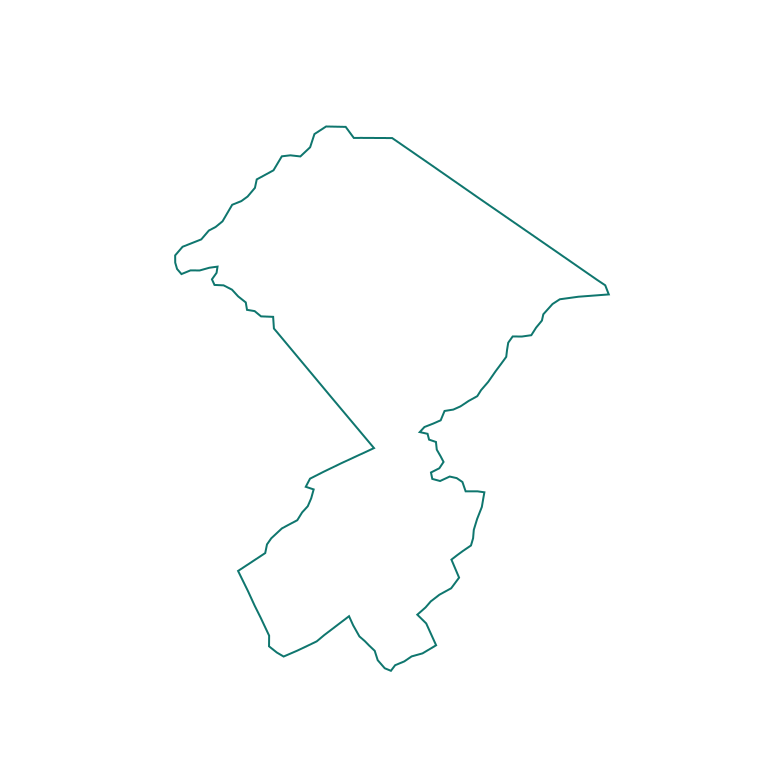 the district of Novo Hamburgo, Rio Grande do Sul, Brazil, rotated 237°
{"feature_id": "56859067B90736341852605", "entity_name": "Novo Hamburgo", "entity_type": "district", "adm_level": 2, "iso_a3": "BRA", "parent_name": "Brazil", "parent_adm1": "Rio Grande do Sul", "projection": "natural_earth1", "projection_center": [-51.068, -29.733], "detail": "fine", "context": "isolated", "style": "outline", "palette": "teal", "viewbox_px": 768, "rotation_deg": 237, "n_neighbors": 0, "source": "geoboundaries", "source_scale": "gbopen_adm2", "svg_char_len": 1966}
<svg xmlns="http://www.w3.org/2000/svg" viewBox="0 0 768 768"><g transform="rotate(237 384 384)"><path d="M306.7,159.8L284.2,157.1L268.6,154.8L255.3,153.3L235.5,150.6L226.6,144.7L217.1,147.9L210.1,151.4L207.6,166.1L206.0,178.0L204.8,187.4L206.0,197.3L207.3,214.8L208.3,228.2L198.4,226.7L185.7,225.9L178.7,227.9L172.7,229.1L165.3,230.9L155.8,228.3L145.2,229.8L139.7,233.6L142.1,240.2L140.3,249.9L140.5,258.8L137.1,269.6L136.5,285.4L160.2,289.0L172.4,286.3L174.0,297.2L176.2,304.8L177.1,315.7L176.1,329.1L180.7,341.5L200.0,344.9L200.6,352.3L201.0,359.4L201.2,369.0L206.1,374.7L212.8,379.9L220.1,388.6L227.6,399.1L233.9,404.9L238.5,409.2L243.2,403.8L249.5,394.0L259.1,396.4L265.5,393.7L270.6,388.7L272.1,378.2L278.1,372.8L284.2,375.2L283.2,384.5L286.2,391.5L292.5,392.1L300.2,392.5L307.1,396.0L312.8,391.5L318.5,393.4L324.2,387.8L325.9,394.5L324.0,403.7L322.7,411.8L328.4,420.1L324.8,428.2L323.6,435.9L323.7,445.8L323.0,455.6L326.0,462.1L329.0,472.5L333.9,484.5L337.3,493.7L340.2,501.3L345.6,505.8L351.0,510.7L353.8,517.8L348.7,525.5L344.7,534.1L348.4,542.2L351.2,551.0L355.7,555.6L359.3,568.9L359.3,577.6L351.3,594.6L336.7,621.3L346.3,623.3L355.1,619.5L383.4,607.9L415.8,594.6L488.9,564.5L545.8,541.3L585.8,524.8L602.9,498.8L606.8,492.7L620.5,491.9L631.5,475.7L631.5,461.8L622.8,451.0L620.4,437.8L626.8,430.0L630.6,422.3L623.4,407.7L624.9,388.7L618.8,382.6L615.5,371.7L615.1,364.0L617.0,354.3L608.4,337.2L607.4,328.3L608.1,320.7L604.8,309.5L608.8,289.8L605.6,278.9L599.5,275.0L593.2,273.1L586.5,274.0L584.7,283.5L579.6,291.3L576.6,300.9L573.1,308.3L568.4,304.1L565.5,296.7L559.4,295.8L554.1,303.2L545.9,307.9L536.9,309.4L527.7,312.5L520.8,309.5L515.6,315.2L507.7,317.7L500.7,327.6L490.5,321.9L482.5,322.9L404.1,332.3L335.7,340.7L340.8,305.2L343.3,285.4L344.9,270.4L340.4,262.4L333.9,267.6L327.8,260.7L323.0,253.5L320.9,245.4L317.0,237.1L317.9,227.1L318.5,219.7L316.0,205.4L313.2,198.5L306.9,192.3L306.7,159.8Z" fill="none" stroke="#0f766e" stroke-width="2"/></g></svg>